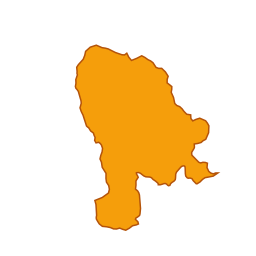 map outline of Xiangkhoang (Mercator projection), rotated 61°
{"feature_id": "LAO-3286", "entity_name": "Xiangkhoang", "entity_type": "Province", "adm_level": 1, "iso_a3": "LAO", "parent_name": "Laos", "parent_adm1": "", "projection": "mercator", "projection_center": [103.697, 19.42], "detail": "fine", "context": "isolated", "style": "filled", "palette": "amber", "viewbox_px": 256, "rotation_deg": 61, "n_neighbors": 0, "source": "natural_earth", "source_scale": "10m", "svg_char_len": 2372}
<svg xmlns="http://www.w3.org/2000/svg" viewBox="0 0 256 256"><g transform="rotate(61 128 128)"><path d="M210.4,95.2L205.7,96.5L203.3,96.6L202.7,97.2L201.9,97.9L201.1,99.7L200.2,100.4L198.0,100.8L195.8,100.0L190.5,97.3L189.2,96.9L188.2,97.4L187.6,99.2L187.8,100.7L190.0,106.8L191.3,108.5L194.8,110.7L196.1,111.7L196.8,113.6L196.9,115.7L197.3,117.6L198.5,119.2L198.1,120.6L197.1,121.1L195.9,121.4L194.8,122.1L194.1,123.4L193.6,126.1L193.3,127.3L192.4,128.9L192.3,129.0L192.0,128.5L190.4,128.7L187.7,129.7L185.2,131.0L182.8,131.6L181.5,132.7L179.3,136.1L177.6,137.4L173.6,139.1L172.1,140.3L171.2,142.3L172.3,142.9L174.4,142.8L176.1,143.0L177.6,145.8L178.2,146.7L179.0,147.2L181.8,148.7L185.1,151.1L187.6,150.1L189.9,150.0L192.2,150.5L204.5,156.1L209.0,159.2L210.1,160.3L210.5,162.7L210.6,164.8L211.5,165.8L214.8,164.8L217.0,165.4L216.8,167.6L215.7,171.4L216.3,175.5L216.3,179.5L214.0,181.8L211.5,183.8L210.8,186.9L209.3,189.5L206.5,191.7L204.1,194.5L201.6,198.1L198.0,199.6L195.1,199.8L192.2,199.8L190.6,199.0L189.2,197.8L179.4,193.1L175.3,192.1L176.3,184.2L175.4,176.6L172.6,174.0L169.0,172.8L164.9,173.1L161.4,171.7L157.0,169.2L149.9,169.6L145.0,167.8L141.5,167.5L138.8,165.1L136.3,162.2L133.4,160.1L129.9,159.5L128.0,159.8L126.3,160.6L125.5,163.2L122.7,163.2L120.4,161.4L118.0,161.2L115.6,160.7L112.5,162.1L108.6,162.3L107.5,162.9L106.1,163.3L95.0,161.1L90.9,160.9L87.1,160.2L83.7,156.9L81.4,155.9L71.9,153.7L69.7,153.9L68.0,154.3L66.2,153.9L63.6,151.8L60.4,150.2L57.0,146.5L55.6,146.2L53.8,145.1L50.0,143.4L48.5,140.6L46.2,133.9L43.5,130.6L40.4,127.9L39.0,121.8L40.2,115.6L45.2,111.7L47.1,109.2L49.2,107.0L55.9,102.4L61.0,97.8L62.4,95.6L62.0,92.8L66.5,93.0L70.6,92.2L71.3,86.6L71.5,81.0L74.5,79.0L77.9,77.4L80.3,75.7L83.0,74.5L88.6,74.1L90.7,72.3L92.2,69.6L97.1,68.1L102.2,67.8L104.5,70.2L107.5,71.9L113.0,69.6L115.4,71.0L117.7,72.9L123.4,73.4L129.2,75.2L132.0,74.4L134.4,72.4L137.5,71.4L140.6,71.0L144.4,70.0L146.9,66.8L150.2,68.4L153.2,67.9L153.4,64.5L154.2,60.5L159.3,56.6L162.2,56.2L165.3,56.2L171.2,59.8L175.6,65.5L175.5,68.4L176.1,71.1L175.3,74.6L174.1,77.8L177.0,79.2L177.9,80.2L180.1,84.0L181.2,84.7L182.8,85.3L192.3,82.7L193.8,81.4L194.3,79.1L195.6,77.1L197.3,75.6L200.9,78.1L205.1,78.4L207.4,77.5L209.4,75.7L209.8,73.2L210.9,71.2L211.4,76.8L208.8,84.8L209.1,87.7L210.1,91.2L210.3,95.2L210.4,95.2Z" fill="#f59e0b" stroke="#b45309" stroke-width="1.5"/></g></svg>